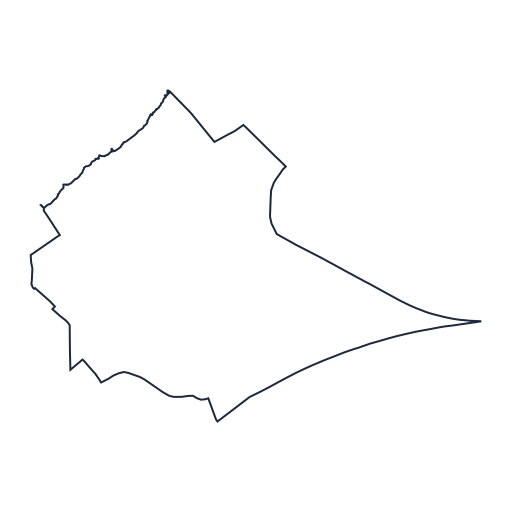 Sidi Gabir, Al Iskandariyah, Egypt (Albers equal-area conic projection)
{"feature_id": "37247803B76316502393625", "entity_name": "Sidi Gabir", "entity_type": "district", "adm_level": 2, "iso_a3": "EGY", "parent_name": "Egypt", "parent_adm1": "Al Iskandariyah", "projection": "albers", "projection_center": [29.945, 31.216], "detail": "fine", "context": "isolated", "style": "outline", "palette": "slate", "viewbox_px": 512, "rotation_deg": 0, "n_neighbors": 0, "source": "geoboundaries", "source_scale": "gbopen_adm2", "svg_char_len": 5540}
<svg xmlns="http://www.w3.org/2000/svg" viewBox="0 0 512 512"><path d="M170.5,92.1L170.4,92.2L169.9,91.6L169.6,92.1L170.0,92.4L169.9,92.5L169.7,92.5L168.6,93.5L168.6,93.4L168.3,93.5L168.2,93.4L168.7,93.1L168.9,92.8L169.1,92.4L169.1,92.0L169.0,91.6L168.6,90.9L168.4,90.6L168.1,90.5L167.9,90.5L167.5,90.5L167.4,90.7L167.4,91.1L167.4,93.2L167.5,94.4L167.3,94.8L166.4,95.7L166.2,95.5L165.9,95.5L165.6,95.3L165.4,95.2L165.2,95.2L164.8,95.4L164.8,95.6L164.8,95.8L165.4,96.5L165.3,96.9L165.6,97.1L165.4,97.3L165.1,97.6L164.2,98.3L163.8,98.8L163.7,99.0L163.4,99.5L163.3,100.2L163.1,101.0L163.0,101.4L162.8,101.7L162.5,102.2L162.2,102.6L161.4,103.1L161.2,103.3L161.0,103.8L160.8,104.6L160.7,105.0L160.4,105.5L159.8,106.0L159.6,106.2L159.4,106.4L159.0,107.2L158.8,107.6L158.4,108.0L157.1,109.1L156.9,109.2L156.8,109.3L156.6,109.2L156.4,109.1L156.1,109.4L156.1,109.5L155.9,110.1L155.6,110.3L155.4,110.6L154.8,111.2L154.7,111.4L154.7,111.6L154.6,111.8L154.3,112.0L154.0,112.2L153.8,112.4L153.6,112.4L153.3,112.3L153.1,112.5L152.7,114.1L152.6,114.4L152.0,115.1L151.8,115.2L150.9,115.1L150.7,114.9L151.0,114.5L150.9,114.3L150.1,115.3L150.2,115.6L148.9,118.0L148.5,118.8L148.3,119.3L148.1,119.7L147.5,120.9L147.4,120.9L147.4,121.0L147.6,121.1L147.4,122.1L147.2,122.3L147.0,122.9L146.4,124.1L145.1,125.3L144.7,125.6L144.2,125.7L144.0,125.8L143.8,126.2L143.6,126.9L143.3,127.5L143.1,127.8L142.3,128.5L141.6,129.0L141.3,129.2L140.8,129.5L139.3,130.4L138.9,130.7L138.3,131.2L137.8,131.6L137.6,131.8L137.5,132.3L137.3,132.6L137.2,132.8L136.9,132.9L136.8,133.1L136.0,133.9L135.4,134.5L133.3,136.2L132.3,136.9L126.1,141.5L125.5,141.8L125.1,142.0L124.8,142.1L124.3,142.1L123.7,142.2L123.5,142.5L123.3,143.1L123.3,143.4L123.2,143.5L122.9,143.8L122.6,144.1L122.4,144.2L121.9,144.5L121.7,144.8L121.7,145.2L121.7,145.5L121.4,145.8L121.1,146.1L120.9,146.3L120.9,146.7L120.6,146.8L120.3,147.3L118.4,148.7L115.2,150.8L114.6,151.0L113.5,151.2L113.1,151.0L112.3,151.5L111.7,151.6L111.7,150.7L113.2,150.7L113.2,150.4L111.7,150.5L111.8,148.9L111.5,148.9L111.5,151.6L110.4,152.2L110.2,152.4L107.9,154.7L107.7,154.5L105.7,155.5L104.9,155.8L104.8,156.2L102.7,156.1L101.6,156.0L101.0,155.9L100.5,155.8L100.2,155.6L99.9,155.3L99.4,155.3L98.3,158.0L98.8,158.2L98.8,158.4L98.8,158.5L98.5,158.8L98.3,158.8L98.1,158.8L98.0,158.6L97.6,158.3L97.4,158.4L96.8,158.9L96.4,159.0L96.0,159.0L95.8,158.9L95.6,158.9L95.5,159.0L95.3,159.3L95.2,159.8L95.2,160.0L94.7,160.4L94.0,160.8L93.3,161.2L92.3,161.5L92.2,161.6L91.8,162.2L91.4,162.7L91.0,163.5L91.0,163.9L90.8,164.4L90.7,164.5L90.0,164.8L89.8,164.9L89.6,165.1L89.4,165.3L89.1,165.6L88.3,165.9L87.7,166.1L86.3,166.3L85.9,166.4L85.3,166.7L84.9,167.0L84.2,167.6L84.0,167.9L83.9,168.7L83.8,169.0L82.9,170.6L82.5,172.0L82.4,172.5L81.8,173.1L81.3,173.6L80.6,174.4L80.3,174.8L79.5,176.1L79.1,176.5L77.5,178.1L76.7,178.7L76.4,178.9L76.2,178.9L75.6,178.8L75.2,179.0L74.8,179.4L74.5,179.9L74.0,180.4L73.7,180.5L71.4,182.9L71.0,183.2L68.4,184.6L68.2,184.5L68.1,184.4L67.8,184.5L67.6,184.6L67.3,184.8L67.0,184.9L66.8,185.0L66.7,184.9L66.6,184.7L66.3,184.5L66.1,184.6L65.9,184.7L65.5,184.6L65.3,184.5L64.1,184.5L63.6,184.5L63.4,184.6L63.3,184.8L63.5,185.3L63.6,185.9L63.4,186.3L63.3,186.5L63.3,186.9L63.4,187.1L63.5,187.3L63.4,187.8L63.3,188.0L62.5,189.0L62.2,189.2L61.9,189.3L61.5,189.9L60.9,190.4L60.3,191.1L59.5,192.3L59.1,193.3L58.5,194.1L58.0,194.2L57.9,194.3L57.8,194.6L57.8,194.8L58.0,195.0L58.0,195.4L57.7,196.0L57.1,196.8L56.6,197.9L56.0,198.5L55.6,198.8L55.4,198.8L54.8,199.2L54.1,199.9L53.9,200.3L53.5,200.7L53.3,200.9L53.0,201.0L52.8,201.2L52.5,201.7L51.8,202.5L51.2,203.2L50.8,203.5L50.1,204.0L49.6,204.3L49.3,204.2L49.2,204.2L48.7,204.3L47.1,205.3L46.5,205.7L46.3,205.9L46.0,206.3L45.5,206.6L45.2,206.9L45.0,207.2L44.9,207.3L44.1,207.9L44.0,208.0L41.0,205.0L40.8,205.1L43.8,208.1L43.8,208.3L43.8,208.7L43.9,209.2L43.9,210.1L43.7,210.6L45.3,212.9L48.6,217.8L59.8,235.1L56.5,237.2L31.5,254.5L30.7,255.0L31.1,262.0L32.4,268.5L31.8,280.9L31.4,283.9L32.7,287.4L34.1,288.8L35.1,288.1L39.0,291.6L50.1,301.4L54.9,306.5L52.4,309.2L56.4,312.7L60.2,316.1L65.5,320.2L67.7,322.4L69.7,325.2L69.8,338.1L70.0,354.4L70.4,369.8L82.5,359.6L83.7,360.6L92.5,370.7L95.4,373.9L96.1,374.9L99.7,380.2L101.1,382.5L108.8,378.6L111.3,376.9L113.7,375.4L118.7,373.3L123.8,372.0L128.8,373.0L129.4,373.3L140.0,377.0L144.7,379.6L162.7,392.1L169.0,395.7L173.6,396.9L181.0,396.9L188.6,395.9L193.0,395.8L197.1,398.3L201.1,399.7L205.5,399.2L208.3,398.3L214.3,414.8L216.1,419.6L217.5,421.5L249.6,397.0L259.8,392.0L269.8,386.8L278.2,382.2L285.9,378.1L295.7,373.0L302.8,369.6L312.4,365.2L325.3,359.8L334.2,356.4L344.8,352.2L355.3,348.6L357.2,348.2L363.8,345.8L366.0,345.1L369.5,343.8L377.0,341.7L382.2,340.2L389.8,338.0L396.6,336.2L400.7,335.2L405.3,334.1L411.5,332.7L415.4,331.8L421.7,330.6L429.6,329.2L439.5,327.3L445.6,326.3L452.6,325.5L478.9,321.7L481.3,321.3L480.3,321.2L469.2,320.7L465.7,320.3L460.6,319.9L457.0,319.4L453.1,318.8L447.0,317.6L442.2,316.5L434.0,314.4L431.5,313.7L429.6,313.2L427.0,312.3L424.7,311.5L421.5,310.2L416.3,308.2L412.5,306.6L408.7,304.9L400.2,300.7L395.0,297.9L370.3,284.3L363.9,281.0L361.5,279.6L358.4,278.0L354.5,275.9L351.3,274.1L347.6,272.2L344.7,270.6L335.2,265.4L332.5,263.9L328.9,262.0L321.8,258.1L296.5,245.1L284.5,238.4L276.8,234.1L271.5,223.5L270.4,218.6L270.0,216.4L270.7,197.5L271.1,190.4L273.9,182.6L274.4,181.8L276.8,178.1L279.9,173.8L282.6,169.7L285.8,166.5L279.9,160.7L275.0,156.1L260.1,141.3L246.8,128.2L243.4,125.0L234.5,131.2L227.0,135.1L214.4,141.9L190.9,113.0L170.5,92.1Z" fill="none" stroke="#1e293b" stroke-width="2"/></svg>